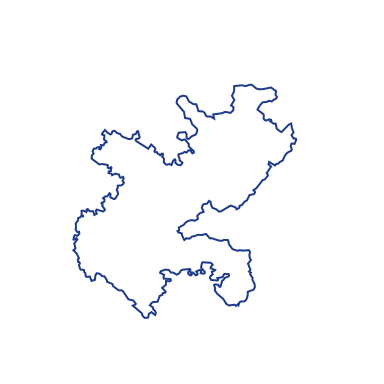 an SVG outline of Chelyabinsk, rotated 216°
{"feature_id": "RUS-2379", "entity_name": "Chelyabinsk", "entity_type": "Region", "adm_level": 1, "iso_a3": "RUS", "parent_name": "Russia", "parent_adm1": "", "projection": "orthographic", "projection_center": [60.252, 54.184], "detail": "fine", "context": "isolated", "style": "outline", "palette": "blue", "viewbox_px": 384, "rotation_deg": 216, "n_neighbors": 0, "source": "natural_earth", "source_scale": "10m", "svg_char_len": 6069}
<svg xmlns="http://www.w3.org/2000/svg" viewBox="0 0 384 384"><g transform="rotate(216 192 192)"><path d="M298.9,191.0L294.9,190.3L291.7,190.7L291.3,191.6L292.0,194.5L290.6,196.0L287.1,195.7L284.2,196.7L281.0,195.8L274.7,197.5L273.0,198.6L272.0,200.2L273.4,203.6L271.5,206.0L272.1,208.7L271.4,209.5L266.5,205.5L266.4,204.3L266.8,203.5L268.3,202.4L268.3,201.0L267.2,200.4L252.8,201.3L252.9,206.4L247.8,205.9L247.0,205.4L246.4,202.9L245.4,202.5L243.7,203.7L242.7,203.0L239.4,203.1L239.1,205.1L238.1,205.8L237.2,205.0L237.0,203.1L234.4,202.6L232.2,199.4L229.4,199.0L228.5,199.2L226.4,201.6L224.4,201.8L225.7,206.3L225.1,208.4L223.9,207.9L222.7,205.9L219.9,205.6L217.5,206.5L216.7,208.0L216.9,210.0L220.7,210.4L221.7,211.7L224.8,213.7L224.8,215.0L222.3,218.0L221.6,220.1L219.6,220.7L219.3,223.6L218.1,224.7L214.4,223.5L213.6,224.9L214.6,226.1L221.3,226.9L222.9,229.0L227.9,230.2L229.1,230.0L230.7,227.7L235.7,227.3L236.6,228.3L237.6,232.2L232.6,236.5L230.5,235.7L228.1,232.5L226.3,232.6L225.7,233.2L225.1,236.6L222.9,240.4L222.8,241.9L223.9,244.8L225.3,246.1L231.6,246.9L236.5,250.0L241.1,247.8L245.5,252.1L255.8,254.6L257.0,255.2L258.3,258.1L257.6,262.4L255.5,264.9L252.8,266.0L247.7,263.5L242.5,263.9L240.1,265.5L234.3,261.2L230.8,263.4L228.6,263.5L225.1,261.8L223.8,262.1L221.4,264.0L217.3,264.4L220.4,267.3L214.2,273.2L212.2,276.4L207.4,278.6L206.6,282.4L208.5,285.1L211.3,285.0L211.8,291.3L216.2,293.3L217.2,298.4L220.1,302.4L214.9,307.3L210.7,309.3L208.6,312.4L206.7,313.9L200.7,313.5L197.7,314.8L194.8,317.2L189.5,323.0L183.2,323.0L181.8,320.0L179.0,318.7L178.9,316.6L180.0,315.1L180.7,312.1L183.2,311.2L184.1,309.3L187.6,306.0L188.0,301.3L187.4,297.1L179.8,296.9L178.5,295.7L177.4,293.6L175.2,292.9L173.9,293.5L172.1,296.3L170.7,296.9L170.0,296.6L170.3,295.2L166.1,295.2L164.5,296.5L160.7,293.0L155.7,292.8L154.8,293.2L153.3,303.3L152.0,305.7L148.7,302.4L144.9,299.9L144.9,296.5L141.3,295.0L139.5,296.2L138.5,295.8L137.3,291.2L140.0,289.8L139.1,287.0L136.6,285.5L135.9,283.5L137.4,281.2L138.2,278.7L138.2,275.8L137.1,271.0L138.5,268.0L139.0,265.5L140.3,264.2L140.4,262.3L147.3,261.6L146.3,259.3L143.0,259.1L142.6,251.1L140.8,250.6L140.2,249.7L140.5,245.0L141.8,243.3L142.2,232.4L143.4,229.6L140.9,229.1L140.6,226.8L143.7,223.3L142.6,217.5L143.9,214.8L143.9,210.9L145.4,208.7L144.5,207.2L144.6,206.5L145.8,204.2L147.8,205.2L152.8,203.7L156.7,194.5L157.8,192.7L158.8,192.0L161.8,192.3L166.3,191.2L170.1,193.6L171.1,195.0L173.0,194.8L173.0,191.4L175.6,188.6L175.7,187.9L174.8,185.1L170.9,182.7L173.0,179.9L173.8,176.3L173.6,175.5L171.6,174.1L171.5,173.3L172.9,170.3L175.5,169.3L178.1,166.4L179.1,163.8L179.5,160.3L181.8,155.5L179.9,153.4L180.7,151.8L179.3,151.3L176.0,152.5L174.3,150.9L170.0,148.6L169.4,151.2L166.7,152.7L165.7,156.1L163.8,158.0L162.3,160.7L159.1,162.7L155.9,166.3L150.2,165.0L149.1,166.1L141.3,168.7L138.8,170.4L138.0,172.1L134.5,174.3L131.5,171.5L125.6,169.6L120.4,171.3L119.5,172.8L116.5,174.4L111.7,178.4L109.5,177.3L108.8,175.0L106.5,172.6L104.3,171.6L104.6,167.0L99.0,163.4L99.1,161.1L97.0,161.4L96.6,159.6L92.5,158.1L91.6,156.6L87.1,154.2L85.1,151.8L84.9,149.0L88.2,144.1L86.2,141.1L85.0,137.9L84.9,135.5L85.7,134.0L88.5,131.7L88.7,130.7L87.9,127.8L88.9,128.2L89.4,125.8L91.4,125.8L95.3,122.0L98.4,121.6L103.7,123.8L111.9,124.5L115.7,125.8L116.4,127.4L119.5,129.8L118.8,131.0L116.2,132.4L114.3,131.4L113.3,132.1L115.4,137.7L114.9,139.5L114.9,141.9L112.8,145.3L112.8,146.1L114.0,147.1L117.7,144.8L117.3,141.0L120.9,137.3L119.3,136.5L119.2,135.5L124.7,132.1L127.2,133.2L127.6,135.2L126.8,137.5L129.1,139.2L127.5,141.6L127.4,142.5L132.1,141.3L132.7,142.3L132.4,145.2L133.0,145.5L135.3,145.7L142.1,141.4L142.2,140.3L140.2,136.1L134.8,134.9L134.1,134.1L134.2,133.0L137.2,131.4L138.4,133.9L139.9,133.5L141.9,130.1L139.5,129.3L139.1,128.5L139.4,127.4L140.1,126.8L143.8,127.4L146.0,126.3L143.6,125.1L143.8,124.0L144.4,123.6L146.6,123.5L147.7,124.4L148.1,125.2L147.5,128.1L148.6,128.4L154.2,123.3L154.9,121.3L154.5,120.3L154.7,118.3L155.7,116.2L159.5,115.8L161.9,114.5L165.0,115.3L168.1,113.4L170.7,109.5L170.3,107.9L165.9,108.6L164.8,106.1L163.8,105.4L158.3,108.9L157.1,108.2L157.3,106.8L160.7,104.7L158.6,101.7L159.8,96.9L154.8,95.9L154.5,95.3L154.7,94.4L156.2,93.1L155.6,91.2L157.1,89.0L155.3,83.0L158.9,80.1L159.5,78.1L159.5,75.6L155.7,75.7L154.6,74.4L151.8,74.0L150.1,72.8L149.6,70.8L154.2,71.0L155.3,68.1L153.7,64.7L156.3,62.3L159.2,62.9L161.4,64.4L173.1,65.3L171.9,67.2L171.7,68.5L175.9,69.7L180.3,67.8L189.6,71.2L191.5,70.9L193.4,69.4L200.3,69.4L202.4,70.8L207.9,69.4L208.8,70.5L213.2,72.3L215.2,71.2L218.6,71.6L221.4,70.2L221.1,67.6L218.9,64.0L221.0,61.0L225.0,63.6L226.8,61.7L228.4,61.3L230.7,63.8L232.1,63.9L233.7,65.4L236.5,63.8L237.4,64.1L240.4,66.3L240.8,68.3L242.0,69.1L242.9,68.5L244.5,70.0L244.8,70.6L244.4,71.7L244.9,72.2L249.4,74.5L253.7,75.2L253.1,77.2L253.3,78.0L257.0,81.2L256.9,86.1L258.3,86.7L259.3,84.2L260.0,83.9L261.4,87.0L261.4,88.3L258.9,89.2L258.6,92.1L260.0,93.4L261.1,92.1L264.1,93.2L264.8,94.8L267.5,98.1L267.6,102.3L268.8,103.9L267.7,105.6L267.6,106.8L265.8,108.2L266.2,108.8L267.8,108.5L270.3,111.9L268.7,113.1L265.7,113.7L265.9,114.8L267.0,115.8L266.4,116.9L263.4,116.3L260.7,118.3L257.5,116.0L256.3,118.5L258.8,120.2L258.9,121.7L252.4,124.0L252.0,125.0L252.1,126.6L256.5,128.0L257.0,129.5L258.6,129.6L258.7,130.5L257.5,132.0L257.4,133.0L258.6,134.7L260.2,134.6L259.9,136.9L258.0,138.8L258.0,142.6L256.8,142.5L254.9,139.7L250.8,140.5L250.2,141.4L250.6,146.6L251.4,147.8L254.3,149.7L254.3,151.2L255.8,153.5L252.9,156.0L252.4,158.0L252.5,159.5L254.7,160.2L255.4,163.2L256.8,163.7L258.0,161.6L259.1,161.5L261.2,163.2L264.8,161.8L266.5,158.6L267.7,159.5L270.7,158.3L271.4,159.7L270.0,161.4L271.0,162.8L271.3,164.2L272.1,164.5L273.1,162.3L274.4,162.2L275.2,162.9L275.7,164.1L276.4,164.2L280.8,162.0L283.3,159.8L292.8,160.0L294.5,162.8L294.2,165.3L296.4,166.5L296.9,169.4L295.2,170.7L294.9,172.4L293.5,173.7L292.3,172.2L291.4,172.4L291.3,174.3L293.3,176.5L291.0,177.7L291.5,180.4L290.3,182.1L291.1,182.7L294.0,182.7L296.2,186.4L298.6,185.6L299.1,186.7L298.9,191.0Z" fill="none" stroke="#1e3a8a" stroke-width="2"/></g></svg>